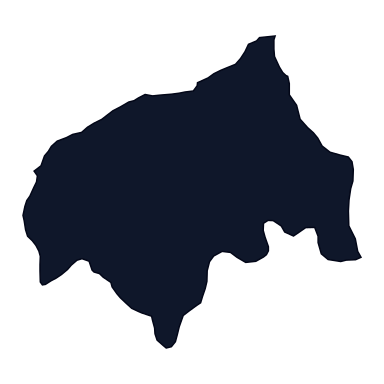 outline of Tartar District, Tərtər, Azerbaijan
{"feature_id": "54616110B79809370995070", "entity_name": "Tartar District", "entity_type": "district", "adm_level": 2, "iso_a3": "AZE", "parent_name": "Azerbaijan", "parent_adm1": "Tərtər", "projection": "equal_earth", "projection_center": [46.824, 40.278], "detail": "fine", "context": "isolated", "style": "filled", "palette": "ink", "viewbox_px": 384, "rotation_deg": 0, "n_neighbors": 0, "source": "geoboundaries", "source_scale": "gbopen_adm2", "svg_char_len": 1943}
<svg xmlns="http://www.w3.org/2000/svg" viewBox="0 0 384 384"><path d="M275.1,36.0L267.4,36.8L259.5,37.6L256.6,40.9L248.5,44.3L245.0,51.7L240.5,58.6L235.5,64.3L226.6,67.9L220.8,70.3L213.9,73.7L208.1,77.9L197.5,82.7L197.2,85.7L193.3,91.0L185.0,92.0L179.1,93.2L171.4,94.2L160.3,95.1L152.6,95.9L145.1,94.5L138.5,97.9L134.0,100.7L128.8,102.0L120.2,107.0L113.0,110.7L107.9,114.6L101.7,119.4L94.2,123.1L87.5,127.2L81.6,132.4L72.7,134.4L66.5,137.6L57.2,141.1L51.4,146.3L48.4,151.3L44.5,155.9L41.0,165.8L34.1,171.1L37.4,175.8L36.5,182.0L33.8,187.5L29.9,196.1L26.8,200.5L24.9,206.4L23.0,215.4L24.2,220.8L25.6,229.8L27.6,236.2L32.3,240.7L36.0,245.5L38.9,251.1L40.3,256.3L40.0,264.6L40.0,271.0L40.3,282.0L42.4,284.9L45.4,284.4L51.0,280.8L56.3,278.0L61.5,274.5L67.5,269.5L71.2,265.2L77.0,260.2L82.0,258.7L89.1,261.2L92.1,270.1L94.0,272.0L99.5,273.6L103.2,277.2L110.9,282.4L112.1,286.9L116.9,293.7L120.4,297.8L126.2,303.3L131.7,308.3L138.5,311.5L142.0,313.0L151.6,316.2L152.6,320.6L154.6,328.0L155.0,333.8L157.1,340.1L163.1,345.4L166.2,348.0L168.3,347.5L171.4,346.7L175.4,341.7L177.3,334.6L179.2,326.8L183.2,315.5L188.9,311.1L196.7,305.4L200.6,302.8L202.5,296.5L205.2,288.6L206.9,281.4L207.2,270.7L209.5,261.7L213.7,256.0L222.1,251.4L230.5,252.4L237.0,257.3L245.7,262.4L255.8,261.3L263.5,257.0L266.4,254.7L268.4,250.8L268.4,246.7L265.0,237.0L263.2,230.4L263.5,223.3L268.0,220.4L273.2,220.6L281.3,226.0L284.7,232.0L293.5,236.0L299.8,231.7L305.7,227.6L314.7,227.4L318.1,236.3L318.1,242.6L321.3,253.8L328.1,259.5L340.7,261.5L346.3,260.1L355.6,259.7L361.0,257.3L357.7,251.4L355.3,238.8L348.8,225.8L348.4,210.9L349.0,200.0L350.7,188.6L352.9,181.0L353.3,169.5L352.0,161.7L348.3,157.0L339.9,155.0L330.0,152.2L322.1,146.0L317.7,138.0L313.4,132.8L307.6,127.6L300.1,119.2L297.9,110.5L296.6,105.3L289.3,94.8L289.3,83.6L287.7,76.3L285.9,75.5L282.7,72.5L279.4,67.1L274.5,56.5L273.9,49.1L273.9,39.8L275.1,36.0Z" fill="#0f172a" stroke="#020617" stroke-width="1.5"/></svg>